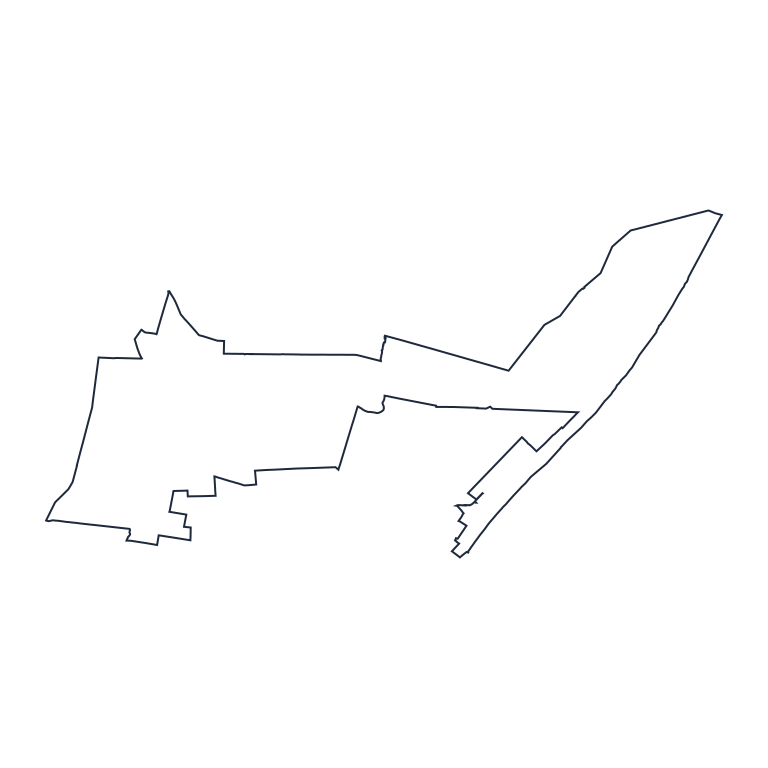 outline of Sacele, Constanta, Romania
{"feature_id": "2599482B64412955341960", "entity_name": "Sacele", "entity_type": "district", "adm_level": 2, "iso_a3": "ROU", "parent_name": "Romania", "parent_adm1": "Constanta", "projection": "equal_earth", "projection_center": [28.684, 44.499], "detail": "fine", "context": "isolated", "style": "outline", "palette": "slate", "viewbox_px": 768, "rotation_deg": 0, "n_neighbors": 0, "source": "geoboundaries", "source_scale": "gbopen_adm2", "svg_char_len": 5950}
<svg xmlns="http://www.w3.org/2000/svg" viewBox="0 0 768 768"><path d="M169.5,291.6L169.4,291.7L169.1,291.2L168.2,291.4L168.4,292.3L168.5,292.7L168.4,293.3L168.4,293.9L168.1,295.0L167.7,296.3L165.3,303.9L160.9,318.8L159.3,324.3L158.0,328.8L156.9,333.2L156.5,334.2L155.8,333.9L154.9,333.7L152.4,333.3L148.5,332.8L145.9,332.6L145.2,332.4L144.6,332.1L144.0,331.7L141.5,329.7L141.4,329.7L134.7,339.2L137.0,347.0L137.7,349.2L138.8,352.1L139.1,353.0L140.1,355.3L140.4,355.9L141.0,357.0L141.5,357.9L141.9,358.5L141.7,358.6L117.3,358.0L114.4,358.1L114.0,358.3L113.4,358.2L98.6,357.5L97.9,362.9L97.4,366.7L96.3,374.9L96.0,377.1L95.4,381.8L95.1,384.1L92.9,400.9L92.2,407.0L92.0,408.0L88.2,422.2L83.1,441.8L80.0,453.3L76.8,465.5L77.0,465.6L73.8,477.6L72.9,481.0L72.7,481.7L72.2,482.8L70.8,485.2L68.4,489.2L67.7,489.9L58.7,498.8L56.5,500.9L55.5,501.9L54.8,502.9L46.1,520.5L46.8,520.8L48.3,521.1L48.9,521.1L49.4,521.1L51.0,520.6L52.4,520.4L52.9,520.3L53.5,520.3L55.4,520.6L58.4,520.8L67.1,522.0L68.2,522.0L70.2,522.3L76.1,522.9L79.8,523.4L93.3,524.9L93.7,524.9L98.1,525.4L129.6,528.9L129.8,529.6L130.0,529.8L130.0,530.0L130.0,530.5L129.8,530.8L129.6,531.3L129.5,532.0L129.5,532.6L129.7,533.1L130.0,533.5L130.0,533.9L130.1,534.3L130.0,534.6L129.5,535.5L128.6,536.4L128.0,537.1L127.8,537.5L127.8,537.8L127.1,539.1L127.1,539.4L126.7,540.1L126.5,540.6L131.2,540.8L138.9,542.0L146.1,543.1L157.1,545.0L158.7,535.3L158.8,535.3L162.5,535.9L174.8,537.8L190.4,540.3L190.6,534.5L190.6,534.4L190.7,527.5L184.0,526.8L186.3,514.6L169.4,511.8L169.8,510.5L170.3,507.9L173.1,493.3L173.3,491.7L173.4,491.1L173.5,491.0L187.5,490.6L187.8,496.4L205.0,496.1L215.6,495.8L215.2,490.5L215.2,489.7L214.5,477.8L214.4,477.4L214.4,476.4L215.4,476.6L216.7,477.1L230.4,481.3L230.5,481.3L232.2,481.7L235.7,482.8L238.1,483.4L242.1,484.7L244.2,485.4L248.7,485.2L256.2,484.5L256.1,483.4L255.2,472.9L255.0,471.2L254.9,470.7L259.4,470.4L268.1,469.9L271.0,469.8L275.7,469.6L297.5,468.5L310.7,468.1L335.5,467.2L338.4,469.7L339.1,467.2L339.9,465.1L351.8,425.7L353.8,419.4L355.7,413.0L357.3,407.7L357.7,406.4L357.8,406.4L359.1,407.1L359.8,407.6L361.5,408.5L362.0,409.1L362.2,409.3L363.2,409.7L363.8,410.1L364.5,410.6L365.0,410.8L367.1,411.6L367.4,411.8L367.7,411.8L368.9,412.0L369.6,411.9L371.1,412.1L373.4,412.3L377.1,413.1L379.0,412.7L379.7,412.4L381.3,411.7L382.4,410.9L383.4,410.0L383.9,408.3L383.7,406.4L382.6,403.7L382.5,402.6L383.4,401.3L384.1,399.6L384.4,398.2L384.6,396.9L384.6,395.7L387.2,396.1L399.3,398.6L436.1,405.7L436.2,406.1L436.2,406.9L453.5,407.0L477.3,407.8L477.1,408.2L486.1,408.6L490.2,406.7L492.4,408.8L578.0,412.3L576.5,413.7L574.4,416.0L570.4,420.0L562.6,428.2L561.6,427.4L554.8,434.0L552.7,435.4L545.2,443.2L536.5,451.3L534.4,449.3L532.2,447.1L530.2,445.2L529.1,444.3L528.3,443.7L527.8,443.3L527.3,442.7L527.0,442.1L526.6,441.7L521.9,437.2L468.0,493.2L476.4,499.5L480.9,494.8L482.5,493.2L482.7,493.4L482.5,493.5L481.1,494.9L476.2,500.0L474.7,501.7L475.9,502.5L476.1,502.7L475.9,502.7L474.7,502.0L474.6,501.9L474.5,502.0L473.2,503.2L472.0,504.1L470.6,504.9L469.9,505.1L469.4,505.1L469.1,505.3L468.9,505.1L467.0,505.1L465.0,505.0L463.3,505.2L463.6,505.4L462.0,505.3L461.1,505.2L459.0,505.1L457.5,505.2L456.3,505.7L456.9,505.8L457.1,505.8L457.3,505.9L460.5,509.5L461.2,510.3L461.4,510.5L461.9,511.2L462.3,511.8L463.6,513.3L462.5,514.7L462.4,515.1L462.3,515.5L460.9,517.8L460.0,518.9L458.6,521.0L458.9,521.1L459.0,520.9L466.5,525.7L457.7,538.7L456.0,538.2L455.7,539.2L455.2,539.9L455.0,540.2L455.4,540.8L456.2,541.1L456.6,541.8L459.1,543.6L451.9,551.3L457.3,555.3L459.9,557.4L463.8,554.1L466.5,552.1L466.9,551.9L467.3,551.9L467.6,552.1L467.8,552.4L468.1,552.6L468.3,552.4L468.3,551.9L468.3,551.4L468.7,550.7L469.6,549.5L471.4,546.8L472.7,545.1L475.4,541.2L476.8,539.4L480.3,534.6L483.7,530.4L484.5,529.4L488.4,524.0L491.3,520.5L492.9,518.7L497.3,513.5L501.1,509.3L503.5,506.5L505.7,504.5L508.4,501.3L513.2,495.9L518.5,490.3L521.6,486.9L525.8,482.9L527.3,481.0L530.9,476.8L546.3,463.8L547.0,463.0L560.7,447.9L560.8,447.2L561.4,446.8L567.4,440.3L581.2,427.7L586.7,421.4L591.3,417.3L595.9,412.7L604.7,401.1L607.5,398.3L611.4,394.0L612.1,392.5L615.4,388.5L617.2,384.9L618.9,383.5L619.5,382.5L620.2,381.8L621.5,379.8L626.0,375.4L629.7,370.2L632.0,367.6L639.4,355.0L654.6,334.7L656.3,332.4L656.9,330.2L658.3,327.8L658.9,325.9L660.8,324.1L661.6,322.6L662.7,321.4L664.2,319.2L672.8,305.2L678.5,294.8L682.2,288.9L683.9,286.7L685.0,283.7L687.0,281.7L687.2,280.9L687.8,279.8L688.5,277.2L691.7,271.1L700.7,254.4L719.2,219.7L721.9,215.0L714.8,213.1L714.2,212.8L708.9,210.6L708.0,210.6L630.6,230.5L620.0,239.8L619.8,240.1L619.6,240.1L612.2,246.7L600.6,273.1L584.4,286.9L584.6,287.2L584.6,287.6L584.5,287.8L583.9,288.2L583.6,288.6L583.3,288.8L582.8,288.8L582.4,288.6L578.4,292.0L575.4,295.9L575.5,296.0L575.3,296.3L574.9,296.7L574.7,296.8L560.1,315.9L544.4,324.9L508.6,370.7L435.1,349.7L400.8,340.0L384.9,335.7L384.6,336.4L384.7,336.6L384.7,337.0L384.9,337.4L384.6,338.0L384.6,338.5L384.8,338.8L385.1,339.0L385.3,338.9L385.5,338.8L385.4,339.3L385.1,342.0L384.9,342.4L384.7,342.6L384.4,342.5L384.2,342.3L383.9,342.5L383.2,344.7L383.5,344.8L383.5,345.0L383.4,345.3L383.1,345.3L382.7,347.9L382.6,348.7L382.6,349.4L382.4,349.8L382.0,350.0L381.8,350.2L381.7,350.6L381.9,351.1L382.0,351.3L382.1,351.7L382.0,352.7L381.9,353.3L381.7,354.0L381.5,354.7L381.3,355.5L381.3,356.3L381.0,357.5L380.8,358.2L380.6,359.4L380.9,360.2L380.9,361.1L358.5,355.4L357.8,355.3L357.5,355.2L357.1,355.1L354.3,354.8L299.9,354.6L299.4,354.5L284.9,354.3L281.9,354.2L280.5,354.4L255.6,354.1L251.4,354.1L251.5,354.0L245.5,354.0L245.0,354.3L244.8,354.4L244.6,354.4L243.9,353.9L223.8,353.7L224.1,341.0L217.3,340.7L203.3,336.3L200.2,335.5L198.9,335.1L198.7,334.9L198.1,334.2L194.7,330.2L194.4,329.9L190.2,325.1L185.7,320.1L185.5,319.9L185.3,319.8L184.8,319.3L183.4,317.5L180.9,314.6L180.6,314.1L177.0,305.4L175.8,302.7L174.6,300.2L173.6,298.3L171.6,295.1L170.1,292.6L169.5,291.6Z" fill="none" stroke="#1e293b" stroke-width="2"/></svg>